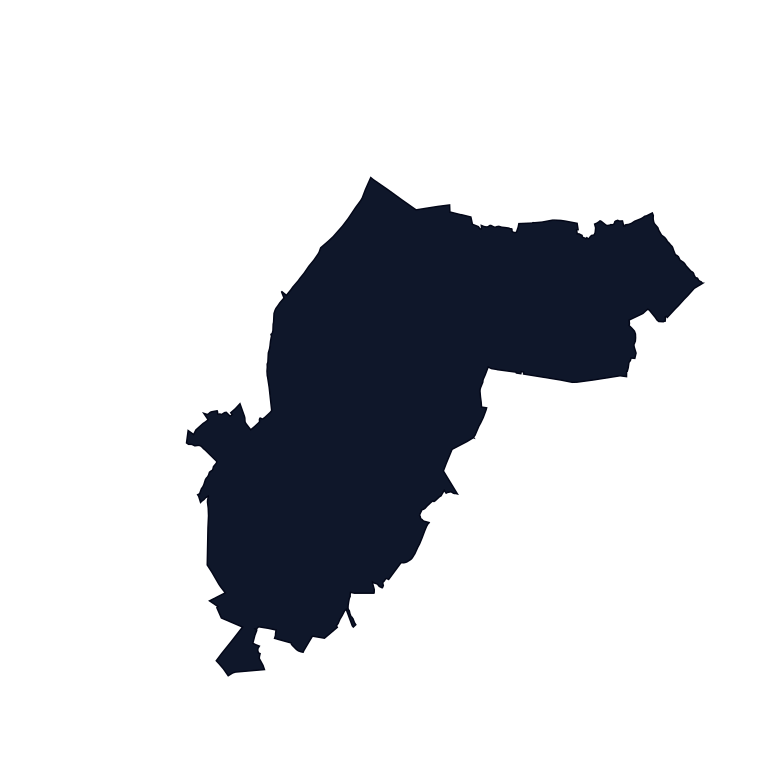 the district of Granicesti, Suceava, Romania, rotated 227°
{"feature_id": "2599482B75349817516737", "entity_name": "Granicesti", "entity_type": "district", "adm_level": 2, "iso_a3": "ROU", "parent_name": "Romania", "parent_adm1": "Suceava", "projection": "robinson", "projection_center": [26.065, 47.795], "detail": "fine", "context": "isolated", "style": "filled", "palette": "ink", "viewbox_px": 768, "rotation_deg": 227, "n_neighbors": 0, "source": "geoboundaries", "source_scale": "gbopen_adm2", "svg_char_len": 6151}
<svg xmlns="http://www.w3.org/2000/svg" viewBox="0 0 768 768"><g transform="rotate(227 384 384)"><path d="M326.1,696.9L327.9,690.8L328.9,689.0L329.1,686.8L329.6,684.7L332.1,678.3L332.7,674.6L333.9,671.7L335.5,669.5L335.8,668.7L335.2,668.0L336.0,667.0L340.6,669.6L342.4,667.6L343.2,666.9L344.3,666.6L345.2,664.6L345.3,663.6L345.0,662.9L344.5,662.4L344.2,661.3L344.3,660.7L344.5,660.0L344.9,659.4L345.9,658.6L346.1,657.7L347.4,655.6L348.7,654.7L354.8,653.8L355.8,653.4L356.1,652.9L356.0,652.2L356.4,649.6L357.3,647.1L353.9,645.3L350.8,641.8L350.1,640.3L349.8,638.9L351.0,637.3L351.1,635.7L350.6,633.0L351.0,632.3L352.7,632.1L352.7,631.6L352.5,630.9L356.2,629.2L357.6,630.2L360.8,629.0L362.0,627.7L365.5,630.0L364.5,631.2L369.8,634.8L379.5,627.7L383.0,624.9L387.6,620.4L388.9,619.0L394.6,610.0L399.0,604.4L400.5,602.8L400.7,602.0L409.3,592.0L407.2,589.1L404.8,584.6L404.7,584.1L404.9,583.7L406.4,582.2L408.2,581.7L410.1,583.2L410.5,583.1L411.7,582.0L412.8,581.7L415.9,579.2L418.4,577.0L421.0,575.5L422.1,573.9L422.8,572.2L423.1,571.9L424.8,571.1L426.7,570.5L427.5,569.9L427.9,569.1L427.9,567.5L429.1,565.9L431.0,564.5L433.6,563.3L431.7,561.9L431.2,560.8L431.2,560.3L431.9,560.0L434.8,560.3L440.5,557.6L446.9,561.4L455.0,556.1L455.0,555.9L464.9,549.5L470.2,554.1L476.9,544.8L489.5,526.2L506.7,522.6L523.1,519.4L540.9,515.5L544.0,515.1L538.9,503.1L534.9,495.0L534.0,492.0L532.5,483.9L529.4,470.7L527.8,461.4L526.4,447.3L526.4,440.7L526.8,430.6L524.6,426.4L524.0,424.4L522.4,417.1L521.4,409.5L519.5,401.0L518.6,394.6L518.0,391.8L517.1,383.5L516.4,380.2L515.4,373.1L521.1,372.3L521.1,371.9L515.1,369.5L514.4,363.2L513.6,359.8L513.0,356.6L512.2,354.6L510.6,351.7L504.5,345.4L503.3,343.7L498.8,339.2L497.4,337.0L497.2,336.4L497.4,335.4L497.1,334.9L496.2,334.7L495.8,334.4L492.7,330.2L489.5,326.5L487.8,324.3L485.6,320.6L479.1,313.9L478.2,312.1L475.9,310.1L473.2,307.2L469.7,304.3L468.3,303.5L459.8,297.7L441.5,284.0L441.0,283.1L440.8,281.3L440.8,274.4L441.1,271.5L441.8,270.9L443.3,270.4L443.6,270.0L443.1,268.8L441.7,267.6L441.1,266.8L441.1,260.5L441.4,255.3L448.9,256.0L450.8,256.4L452.4,257.6L454.0,259.0L455.6,259.9L467.8,265.2L467.3,258.4L467.5,252.3L465.1,252.2L465.5,249.5L470.9,249.3L471.8,247.9L472.4,244.5L474.0,243.5L475.2,241.9L476.0,242.3L477.2,243.3L478.2,243.7L481.1,239.2L481.6,238.2L481.8,237.3L481.8,234.9L482.1,234.4L482.7,233.7L485.4,232.2L477.8,231.0L478.0,227.7L478.5,224.7L478.7,215.1L476.9,210.3L483.5,209.0L475.6,199.4L473.2,199.9L470.9,202.3L467.8,203.5L465.8,206.3L464.2,207.6L462.3,207.9L459.7,207.9L457.8,208.2L441.4,208.9L440.8,208.2L440.4,207.1L439.9,203.0L438.5,200.9L438.0,199.5L438.4,197.7L438.5,196.2L437.0,193.5L436.4,191.6L436.3,189.8L435.8,188.1L433.3,183.7L432.4,181.5L431.9,179.0L429.5,174.3L430.1,172.2L428.3,171.9L422.5,169.1L422.6,170.7L422.3,173.5L422.5,175.8L421.9,179.0L421.2,178.5L419.5,175.9L418.1,174.4L413.1,170.8L407.3,165.8L399.1,157.4L372.2,131.3L363.8,129.8L350.2,126.7L347.1,126.2L339.5,125.5L344.4,108.5L334.4,110.8L334.4,109.2L323.8,105.5L302.7,114.8L299.8,96.9L297.6,81.6L296.0,72.6L291.7,72.6L285.1,72.3L276.9,71.1L275.9,76.2L274.7,78.8L256.7,101.8L260.7,103.6L268.4,105.6L269.9,107.4L271.3,109.5L273.1,108.8L275.4,110.1L276.6,111.5L277.3,114.1L281.0,112.3L283.9,111.3L288.3,118.2L290.4,122.5L290.9,123.2L292.5,122.9L291.9,123.6L292.0,126.7L284.3,132.7L277.7,137.3L275.3,134.3L274.2,133.3L272.6,130.5L259.2,138.7L258.7,139.2L258.2,139.5L257.0,138.9L255.4,138.7L249.4,138.9L247.2,139.4L244.7,140.7L243.0,141.9L243.7,143.5L246.9,154.3L248.4,159.7L238.7,167.1L237.9,183.9L239.6,184.2L239.6,184.5L240.2,187.2L242.0,191.3L243.2,195.5L245.0,200.5L245.0,202.7L228.8,195.9L227.2,195.8L227.2,199.2L229.5,199.6L233.7,201.3L234.1,201.1L234.7,201.4L235.6,201.5L236.2,201.2L239.4,202.5L241.7,203.9L243.5,204.2L244.6,204.8L246.4,206.6L248.8,209.6L250.8,212.3L251.8,214.5L252.8,215.3L254.5,217.4L251.2,219.7L237.9,234.0L238.3,234.7L240.3,236.7L246.0,239.7L247.1,240.6L245.6,240.9L242.7,242.5L241.9,242.7L239.2,242.5L236.3,243.6L236.1,243.9L237.0,246.0L239.4,247.4L239.7,248.0L239.8,250.0L240.4,252.1L240.3,252.8L239.5,253.5L237.9,254.1L241.6,274.0L241.5,274.8L239.8,276.5L239.1,277.6L238.3,279.3L237.5,283.4L237.4,284.8L237.6,286.2L238.9,291.0L241.5,297.2L242.8,301.0L245.5,306.9L248.7,313.3L250.8,317.9L251.7,320.6L251.7,321.9L251.9,322.5L256.5,319.6L257.6,319.3L258.7,319.4L260.5,319.0L262.6,320.2L263.6,320.4L264.4,321.6L265.8,325.2L266.1,325.4L266.2,325.9L265.4,327.5L265.1,329.2L265.4,332.4L265.4,337.7L265.3,339.2L265.2,339.8L264.0,340.4L263.7,341.9L263.7,347.8L263.3,349.4L265.2,355.5L261.8,355.0L261.4,356.4L259.7,359.2L258.5,359.9L256.9,360.2L255.8,360.9L255.0,361.8L253.6,362.7L279.9,368.1L283.5,375.4L289.7,389.0L289.7,389.6L285.3,405.5L283.8,412.8L283.4,413.0L283.9,413.1L284.1,413.6L284.5,415.7L288.5,424.7L289.6,428.1L291.8,433.7L295.4,440.9L296.6,442.8L300.6,439.6L304.5,442.7L308.7,445.7L313.3,449.3L314.6,450.7L315.5,452.2L317.9,457.4L319.6,459.4L321.7,464.3L325.4,471.8L322.0,473.1L317.9,476.3L317.3,476.6L302.7,488.6L301.8,488.3L298.2,491.1L299.6,492.9L297.4,494.3L296.1,492.9L266.6,515.8L256.9,522.8L253.8,526.3L244.3,539.7L229.0,562.3L224.0,566.4L227.9,570.1L227.4,570.6L229.4,573.8L232.7,577.8L233.1,580.1L234.5,582.4L231.7,584.9L234.7,589.4L240.4,592.2L242.3,593.5L243.9,597.0L246.1,599.4L249.1,602.0L251.9,603.2L255.9,603.3L259.6,603.1L260.8,604.7L263.6,606.9L259.3,620.5L259.0,621.7L259.0,625.8L258.8,627.9L257.9,628.3L256.6,628.4L247.7,627.8L244.5,627.3L242.3,627.6L239.0,630.8L238.9,631.4L238.2,632.5L240.3,634.8L241.2,635.2L241.2,635.8L241.0,636.6L239.5,636.6L240.4,648.7L240.5,652.4L241.3,661.3L241.5,666.3L242.4,676.1L240.3,686.0L240.8,685.6L242.4,685.7L243.5,685.2L245.1,684.8L247.4,685.4L248.2,685.2L249.3,684.2L249.6,684.2L250.2,684.6L252.3,685.1L253.1,685.6L254.6,686.0L255.7,685.9L256.7,685.5L258.0,685.4L264.5,685.5L266.3,685.9L268.4,686.0L272.9,685.0L276.3,686.1L276.5,685.8L277.3,686.0L278.9,685.7L279.2,685.0L283.9,686.8L287.0,688.2L288.2,688.5L290.5,688.4L292.1,688.6L295.1,688.5L297.0,689.0L299.8,689.2L303.6,688.5L309.2,689.8L311.6,690.9L316.8,691.1L318.3,691.6L320.4,692.9L321.8,694.0L323.6,695.9L326.1,696.9Z" fill="#0f172a" stroke="#020617" stroke-width="1.5"/></g></svg>